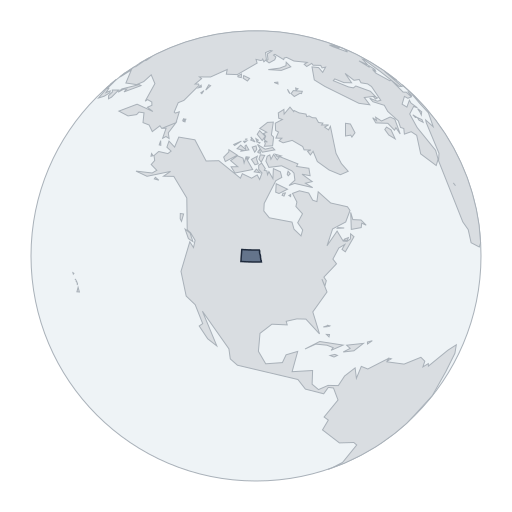 the Earth from above North Dakota
{"feature_id": "USA-3516", "entity_name": "North Dakota", "entity_type": "State", "adm_level": 1, "iso_a3": "USA", "parent_name": "United States of America", "parent_adm1": "", "projection": "orthographic", "projection_center": [-98.519, 47.467], "detail": "fine", "context": "on_globe", "style": "filled", "palette": "slate", "viewbox_px": 512, "rotation_deg": 0, "n_neighbors": 0, "source": "natural_earth", "source_scale": "10m", "svg_char_len": 11375}
<svg xmlns="http://www.w3.org/2000/svg" viewBox="0 0 512 512"><circle cx="256" cy="256" r="225" fill="#eef3f6" stroke="#a8b0b8"/><path d="M381.4,443.1L376.4,446.4L376.3,446.5L360.8,455.4L344.7,463.1L328.1,469.4L331.7,468.0L342.6,462.4L356.7,445.0L353.8,442.5L339.4,442.9L322.5,429.9L328.3,420.1L324.1,417.0L338.0,400.0L333.5,388.0L328.3,387.4L323.7,393.8L305.4,389.1L297.9,379.5L237.4,365.2L230.3,358.9L228.9,348.8L202.4,311.2L216.8,345.9L207.7,338.8L199.2,326.0L202.7,323.6L195.2,304.7L186.2,296.1L181.0,271.4L189.8,241.8L193.5,247.6L195.1,240.3L190.6,232.8L187.2,229.7L186.8,198.0L173.8,176.4L163.5,176.2L170.6,171.4L147.0,176.3L136.0,171.1L152.2,173.0L156.8,170.3L151.2,164.5L154.7,160.5L154.0,155.6L158.7,151.5L167.9,153.6L171.1,151.1L166.9,147.2L169.0,141.1L174.6,147.1L178.8,137.1L194.9,139.8L206.1,161.0L218.8,160.7L240.4,178.2L242.3,173.7L251.6,178.2L257.2,174.9L259.6,179.5L262.0,172.9L258.7,169.3L258.7,165.3L261.7,163.1L265.3,168.6L264.3,170.4L266.9,170.9L267.5,174.7L268.9,171.6L272.9,178.7L273.4,168.6L280.4,171.8L281.8,177.4L275.8,180.7L264.2,203.4L263.8,211.0L269.3,217.8L292.0,222.1L294.0,229.2L301.0,235.9L302.7,230.0L297.7,222.7L302.5,213.8L295.9,206.5L296.9,202.0L292.5,193.4L299.5,190.8L308.7,193.0L312.7,200.2L316.9,201.6L318.2,191.8L330.7,203.0L347.5,206.8L350.0,210.5L345.7,222.0L332.6,228.9L327.0,245.8L337.1,231.1L343.2,241.1L347.0,241.4L350.4,239.0L350.6,233.8L354.0,236.7L345.3,251.8L342.0,249.4L344.8,244.5L338.8,248.0L332.9,259.1L336.5,263.8L323.9,277.1L326.3,280.7L324.9,286.0L321.9,279.1L327.0,292.0L312.8,311.9L319.5,333.9L305.9,319.1L296.8,318.9L286.2,321.3L287.2,324.9L271.9,324.2L260.0,333.3L258.4,351.3L265.7,363.8L282.4,362.6L286.1,354.8L297.7,351.4L292.1,371.7L312.6,370.5L312.1,384.2L318.5,389.6L328.1,385.4L338.3,385.6L344.6,376.0L355.1,367.9L356.4,378.3L361.3,366.4L367.8,369.0L388.1,358.6L386.8,361.8L404.1,364.1L420.9,357.3L424.8,361.2L422.9,366.9L428.3,363.6L428.4,366.1L447.9,350.2L456.3,344.8L454.9,353.3L445.8,371.6L432.4,395.5L414.5,415.1L406.6,423.4L394.8,433.4L381.4,443.1ZM76.9,291.8L78.1,287.3L79.4,292.0L76.9,291.8ZM77.5,283.3L77.3,285.1L77.2,283.3L77.5,283.3ZM76.5,281.2L77.2,282.7L76.2,281.4L76.5,281.2ZM75.0,278.9L75.9,280.0L75.7,280.0L75.0,278.9ZM319.7,341.5L343.1,345.1L331.1,350.3L333.2,347.7L327.0,345.2L315.8,344.1L305.0,349.0L319.7,341.5ZM73.3,274.1L72.9,272.7L73.9,273.3L73.3,274.1ZM327.2,326.7L323.3,327.0L327.0,325.8L327.2,326.7ZM185.1,229.1L190.1,233.1L192.9,241.6L188.4,238.6L185.1,229.1ZM180.3,213.5L183.6,214.0L181.5,221.4L180.2,218.8L180.3,213.5ZM155.4,177.3L158.8,180.2L154.3,178.9L155.4,177.3ZM153.1,155.7L151.0,156.2L151.6,153.5L153.1,155.7ZM288.9,195.5L290.7,194.5L290.6,196.6L288.9,195.5ZM285.4,192.9L284.0,196.1L282.1,195.3L283.0,193.3L285.4,192.9ZM159.2,144.9L160.7,140.6L160.8,145.3L159.2,144.9ZM287.5,189.2L279.0,193.5L275.7,192.2L276.2,183.7L287.5,189.2ZM162.6,138.3L166.1,128.2L161.8,128.4L176.0,122.7L168.3,132.8L169.1,138.5L166.0,136.5L162.6,138.3ZM256.4,169.1L260.0,172.8L254.2,171.8L256.4,169.1ZM252.7,169.5L235.0,173.0L231.1,166.8L237.8,166.7L230.6,160.6L237.4,155.8L243.0,158.1L244.1,163.0L245.8,157.5L252.7,169.5ZM183.3,121.4L185.5,119.4L185.0,121.9L183.3,121.4ZM258.2,163.7L255.0,164.8L251.4,159.4L257.3,156.2L256.5,158.9L258.2,163.7ZM225.3,161.5L223.7,157.1L228.8,152.0L228.9,149.7L237.3,155.2L225.3,161.5ZM258.9,159.1L260.3,154.8L264.7,155.4L261.2,162.2L258.9,159.1ZM248.0,159.4L246.6,156.8L249.3,157.2L248.0,159.4ZM281.2,155.9L277.4,157.0L275.2,154.2L281.2,155.9ZM260.6,153.2L259.0,153.0L257.7,152.1L259.6,149.5L260.6,153.2ZM240.3,151.3L242.8,150.2L237.1,148.7L240.7,145.1L245.7,149.5L245.0,146.1L246.1,145.0L248.9,149.9L240.3,151.3ZM257.5,144.4L265.1,149.2L272.6,147.5L274.8,149.9L262.3,152.2L257.5,144.4ZM252.2,147.1L256.0,145.9L256.8,149.3L254.7,152.2L252.2,147.1ZM241.4,141.1L234.6,145.5L233.7,144.5L241.4,141.1ZM259.6,143.2L257.7,142.1L260.0,142.7L259.6,143.2ZM246.8,140.9L244.5,142.6L243.6,141.3L246.8,140.9ZM255.9,138.6L258.3,140.1L257.0,142.0L255.9,138.6ZM251.6,139.1L250.9,136.9L255.1,141.9L250.7,140.0L251.6,139.1ZM246.3,139.4L245.0,139.2L247.4,138.9L246.3,139.4ZM259.6,130.6L265.2,136.3L262.2,140.5L257.2,134.3L259.6,130.6ZM396.7,80.1L384.5,71.4L401.9,86.5L399.0,86.3L380.3,71.5L364.2,59.7L362.6,59.3L367.8,64.9L359.0,60.9L369.0,67.0L368.7,65.5L374.9,69.5L375.6,71.2L372.5,69.5L375.9,73.2L389.9,80.8L391.1,80.1L403.1,92.1L406.3,92.2L411.4,96.8L407.9,98.3L404.4,96.4L402.1,104.2L406.9,107.1L409.4,100.2L410.9,103.0L417.4,107.8L413.6,106.5L409.7,114.0L417.2,127.6L435.6,150.3L438.1,159.2L436.2,165.5L420.7,153.9L416.7,135.3L411.2,131.7L404.4,134.1L403.8,128.5L400.5,127.4L398.3,120.9L387.7,111.4L384.3,105.3L372.9,101.7L369.7,98.2L377.3,101.2L380.8,100.3L371.5,86.5L367.6,83.9L361.0,82.8L359.2,79.5L354.0,80.3L345.1,73.4L351.6,82.8L343.9,82.6L334.7,78.9L333.3,80.7L348.4,86.9L353.4,87.9L355.8,86.0L370.4,91.3L375.2,96.2L364.3,97.5L369.8,104.8L358.9,103.3L324.8,86.4L314.3,79.9L312.0,66.9L318.6,67.6L322.7,72.4L325.6,67.1L322.1,67.9L320.7,65.4L313.1,65.2L311.7,63.4L306.7,66.5L304.2,64.3L307.3,62.4L293.9,61.0L286.6,57.4L284.2,58.0L283.7,59.6L274.9,54.3L273.5,55.1L275.9,57.0L274.7,59.8L269.1,62.9L266.4,60.9L268.0,59.5L267.3,53.9L272.0,50.9L270.3,50.5L265.5,52.6L266.4,59.4L263.9,61.8L262.5,58.5L262.8,59.9L260.7,60.5L256.0,59.4L257.1,63.1L237.3,74.6L226.3,74.2L227.2,69.5L210.5,77.0L199.4,76.9L201.6,78.6L195.1,84.0L198.5,84.0L199.1,85.3L183.9,100.4L178.2,102.7L174.2,112.1L175.3,113.1L179.3,111.8L176.0,122.7L161.8,128.4L159.9,125.8L152.3,131.6L149.1,125.0L143.0,122.6L144.0,112.8L139.0,112.1L136.6,114.6L128.0,115.9L118.9,111.1L137.1,104.2L152.9,111.5L147.4,107.3L151.9,105.3L151.8,102.0L147.6,99.6L145.2,101.2L154.9,83.6L151.2,74.8L143.7,81.6L136.6,84.6L125.9,83.0L131.3,70.0L122.0,75.8L119.8,76.9L124.5,73.1L127.8,71.3L134.6,66.8L135.7,66.7L144.3,60.8L146.3,60.4L152.0,56.4L147.3,58.7L139.0,63.7L141.9,61.8L155.9,54.2L170.5,47.6L185.5,42.0L200.8,37.6L216.4,34.2L232.3,32.0L248.2,30.9L264.2,30.9L280.1,32.0L295.9,34.3L311.5,37.7L326.9,42.2L341.9,47.7L356.4,54.3L370.4,62.0L383.9,70.6L396.7,80.1ZM479.1,225.1L480.6,242.9L479.3,247.0L471.1,242.7L468.2,229.6L462.8,221.9L438.6,160.9L439.0,153.3L426.3,122.8L425.7,120.0L433.2,126.7L428.4,112.8L419.8,103.5L409.5,91.3L402.2,84.6L414.2,95.6L425.5,107.6L435.8,120.3L445.2,133.7L453.6,147.8L460.9,162.4L467.2,177.5L472.3,193.1L476.3,209.0L479.1,225.1ZM453.3,182.9L455.5,185.7L453.3,182.9ZM338.3,46.3L337.4,46.1L332.6,44.2L333.8,44.9L337.4,46.1L339.4,48.0L331.5,45.1L329.4,45.1L333.4,46.9L347.5,52.0L344.8,49.1L350.6,51.6L351.2,51.8L338.3,46.3ZM388.7,358.1L391.3,358.8L388.1,360.6L388.7,358.1ZM330.1,355.5L334.8,354.4L337.4,355.4L334.0,357.0L330.1,355.5ZM367.4,342.0L372.3,340.7L367.5,344.0L367.4,342.0ZM346.6,345.2L363.4,343.4L353.9,350.8L343.2,352.0L350.2,348.4L346.6,345.2ZM326.4,334.4L329.5,334.5L329.0,336.9L326.4,334.4ZM329.9,325.9L328.8,326.5L327.0,325.1L329.9,325.9ZM343.7,240.2L344.5,239.1L348.4,237.6L347.3,240.3L343.7,240.2ZM361.0,220.0L366.2,225.2L361.7,223.2L361.2,227.6L351.3,229.4L350.7,212.4L352.8,219.6L361.0,220.0ZM337.8,227.6L344.2,228.0L337.2,228.3L337.8,227.6ZM384.8,129.5L386.5,127.1L391.0,129.8L395.2,138.9L388.8,135.0L384.8,129.5ZM387.8,123.3L375.8,122.9L372.7,117.7L376.5,120.6L375.6,117.2L381.5,121.0L390.2,117.0L394.8,119.2L400.2,134.0L395.9,127.7L394.5,130.2L387.8,123.3ZM350.7,135.1L345.5,136.0L345.5,123.3L350.4,124.0L355.0,132.8L351.9,137.1L350.7,135.1ZM290.2,173.8L288.2,175.8L287.2,174.2L288.1,171.2L290.2,173.8ZM279.6,156.6L297.9,163.9L296.5,166.4L308.9,168.3L310.1,175.7L302.0,174.2L312.2,181.6L305.4,183.2L312.7,187.6L294.7,183.4L289.0,185.5L294.9,180.2L294.0,173.2L291.8,170.8L281.6,165.8L268.9,167.4L265.9,161.1L267.2,156.3L269.8,154.9L270.9,159.3L273.6,154.4L277.2,159.8L279.6,156.6ZM283.9,109.4L284.1,114.1L290.0,107.1L293.7,111.6L294.1,110.5L299.1,112.9L306.0,114.1L306.7,116.6L309.1,116.0L312.4,117.7L315.9,117.9L318.5,122.5L322.9,123.1L321.6,125.0L328.6,124.9L324.6,127.1L328.5,129.9L330.4,126.3L336.0,153.3L341.4,163.6L348.2,171.3L340.4,174.7L329.1,170.0L317.3,161.5L313.1,151.3L310.4,155.0L307.6,151.3L310.9,150.0L304.1,149.9L302.7,146.5L292.2,140.4L283.1,142.8L279.1,140.8L281.9,138.2L275.9,138.1L278.5,132.0L275.6,130.5L275.3,123.2L282.4,119.5L278.7,118.2L278.3,112.9L283.9,109.4ZM259.8,128.5L267.5,122.4L273.3,122.1L271.4,134.9L273.6,137.1L272.6,145.8L264.3,146.3L265.3,143.7L264.4,141.3L267.4,142.1L264.3,139.7L265.7,136.2L263.7,133.4L266.7,132.2L259.8,128.5ZM421.3,115.0L420.2,112.6L417.6,108.6L421.7,111.8L421.3,115.0ZM419.0,120.2L417.4,117.6L421.9,119.6L423.1,122.3L419.0,120.2ZM412.8,114.8L417.0,117.4L415.4,117.5L412.8,114.8ZM375.5,99.0L373.4,96.6L374.6,96.4L377.5,97.9L375.5,99.0ZM302.3,91.3L301.5,93.6L300.0,93.3L294.3,96.5L291.1,93.6L293.3,90.6L302.3,91.3ZM389.6,75.1L394.9,79.0L395.6,79.7L393.6,78.2L389.6,75.1ZM410.8,95.2L407.7,91.3L411.9,96.2L410.8,95.2ZM298.0,88.8L296.0,90.3L295.6,88.0L298.0,88.8ZM288.5,91.8L287.5,89.2L290.1,93.7L288.5,91.8ZM268.3,69.6L279.8,68.1L286.0,65.7L286.2,62.2L290.8,66.8L281.3,70.4L268.3,69.6ZM241.5,74.0L241.3,77.6L238.1,76.9L237.7,76.0L241.5,74.0ZM243.7,75.6L249.6,78.4L247.4,81.0L243.2,78.2L243.7,75.6ZM274.2,82.5L277.8,82.1L278.0,84.0L274.2,82.5ZM107.6,86.8L110.1,85.0L106.8,88.1L106.0,88.5L107.6,86.8ZM98.5,98.0L106.7,88.4L113.8,81.6L110.4,84.4L109.9,84.6L116.2,79.4L113.1,82.8L107.3,88.5L108.8,88.4L106.0,92.6L110.2,90.9L109.8,92.8L104.2,96.2L98.5,98.0ZM112.3,90.0L118.7,90.0L111.5,97.2L108.5,98.8L108.6,95.6L112.4,92.0L112.3,90.0ZM118.1,92.2L121.9,88.9L139.2,84.6L141.0,85.6L124.0,91.9L126.7,89.2L123.7,89.2L118.1,92.2ZM183.6,118.7L185.4,119.4L182.8,120.2L183.6,118.7ZM201.1,85.2L201.4,87.0L198.5,87.8L201.1,85.2ZM200.8,92.8L203.9,90.6L201.8,93.7L200.8,92.8ZM210.6,85.7L205.7,90.1L208.8,84.8L210.6,85.7Z" fill="#d9dde1" stroke="#a8b0b8" stroke-width="1"/><path d="M241.8,249.5L242.0,249.5L242.5,249.5L243.1,249.6L243.7,249.6L244.2,249.7L244.8,249.7L245.4,249.7L245.9,249.7L246.5,249.8L247.0,249.8L247.6,249.8L248.2,249.9L248.7,249.9L249.3,249.9L249.9,249.9L250.4,249.9L251.0,249.9L251.6,250.0L252.1,250.0L252.7,250.0L253.3,250.0L253.8,250.0L254.4,250.0L255.0,250.0L255.5,250.0L256.1,250.0L256.7,250.0L257.3,250.0L257.8,250.0L258.4,250.0L259.0,250.0L259.3,250.0L259.4,250.3L259.5,250.4L259.5,250.6L259.6,250.8L259.6,251.0L259.7,251.3L259.6,251.5L259.5,251.8L259.6,252.0L259.6,252.3L259.6,252.6L259.7,252.8L259.6,253.0L259.7,253.4L259.7,253.5L259.8,253.8L259.9,254.1L260.0,254.2L260.0,254.3L260.0,254.5L260.2,254.8L260.2,255.0L260.3,255.1L260.3,255.3L260.4,255.5L260.4,255.8L260.4,256.1L260.5,256.2L260.5,256.3L260.5,256.8L260.5,257.0L260.5,257.3L260.5,257.5L260.5,257.8L260.6,258.0L260.7,258.3L260.7,258.5L260.7,258.8L260.7,259.0L260.8,259.4L260.8,259.6L260.8,259.8L260.9,260.0L261.1,260.3L261.2,260.5L261.2,260.8L261.3,260.9L261.3,261.0L261.3,261.3L261.3,261.5L261.4,261.9L260.7,261.9L260.1,262.0L259.5,262.0L258.8,262.0L258.2,262.0L257.5,262.0L256.9,262.0L256.3,262.0L255.6,262.0L255.0,262.0L254.4,262.0L253.7,262.0L253.1,262.0L252.5,262.0L251.8,262.0L251.2,261.9L250.5,261.9L249.9,261.9L249.3,261.9L248.6,261.9L248.0,261.8L247.4,261.8L246.7,261.8L246.1,261.8L245.5,261.7L244.8,261.7L244.2,261.7L243.5,261.6L242.9,261.6L242.3,261.6L241.6,261.5L240.9,261.5L241.0,260.7L241.0,260.1L241.1,259.4L241.1,258.7L241.1,258.1L241.2,257.4L241.2,256.8L241.3,256.1L241.3,255.5L241.4,254.8L241.4,254.2L241.5,253.5L241.5,252.9L241.6,252.2L241.6,251.6L241.7,250.9L241.7,250.2L241.8,249.5Z" fill="#64748b" stroke="#1e293b" stroke-width="1.5"/></svg>